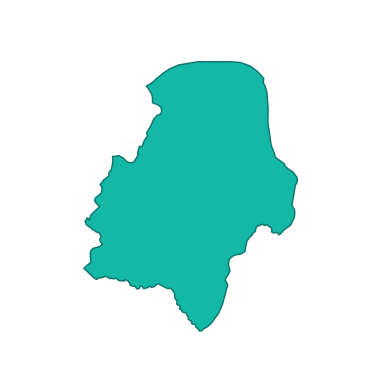 outline of Wusab As Safil, Dhamar, Yemen, rotated 226°
{"feature_id": "15242507B36986908452393", "entity_name": "Wusab As Safil", "entity_type": "district", "adm_level": 2, "iso_a3": "YEM", "parent_name": "Yemen", "parent_adm1": "Dhamar", "projection": "albers", "projection_center": [43.602, 14.25], "detail": "fine", "context": "isolated", "style": "filled", "palette": "teal", "viewbox_px": 384, "rotation_deg": 226, "n_neighbors": 0, "source": "geoboundaries", "source_scale": "gbopen_adm2", "svg_char_len": 5889}
<svg xmlns="http://www.w3.org/2000/svg" viewBox="0 0 384 384"><g transform="rotate(226 192 192)"><path d="M299.8,232.7L296.0,232.4L290.3,230.9L287.8,229.4L285.4,227.4L285.0,226.7L284.3,226.4L283.8,226.0L283.2,226.0L282.7,225.7L280.9,227.0L279.4,227.6L276.5,228.5L273.6,228.1L270.7,225.8L270.4,224.8L269.9,223.3L271.3,219.9L270.9,214.7L268.1,208.3L266.8,203.3L266.0,200.3L264.6,199.6L263.3,199.2L262.3,194.0L261.6,192.2L259.3,187.6L261.4,185.8L261.3,185.7L259.1,182.1L258.1,180.5L255.7,178.0L254.6,173.8L253.9,170.2L254.6,169.4L255.8,168.3L256.5,167.4L259.3,166.0L263.6,166.2L268.6,164.7L269.5,163.9L270.8,161.6L272.6,159.9L271.6,158.3L269.8,157.3L268.5,155.5L267.1,153.9L266.7,153.4L264.0,149.2L264.0,146.6L263.5,145.9L263.2,145.3L262.3,144.4L261.8,144.0L261.4,143.5L261.3,142.4L261.6,140.5L262.1,136.9L261.2,133.5L261.3,131.2L258.2,130.5L257.3,130.4L255.0,126.9L254.1,125.8L254.6,121.0L254.8,118.3L254.1,116.9L253.2,115.9L252.5,115.6L251.9,115.5L245.7,115.2L245.7,103.2L243.8,100.2L243.6,99.4L243.3,99.0L243.7,98.5L244.4,99.2L246.1,98.7L244.8,94.5L242.7,93.6L242.1,93.3L238.1,93.9L235.9,94.4L234.0,94.2L233.2,94.7L231.8,95.3L230.2,95.2L226.9,96.9L223.0,95.7L221.9,92.7L221.0,92.1L220.3,92.0L219.2,91.6L216.6,91.0L216.3,90.2L216.8,88.7L217.7,86.0L219.7,82.6L220.2,80.9L220.1,78.5L218.7,76.4L211.7,70.3L211.9,68.5L212.2,61.2L198.6,61.8L198.4,62.0L198.1,62.2L197.7,62.2L196.8,62.3L196.2,62.3L195.8,62.5L195.5,62.7L195.3,62.9L195.3,63.4L195.3,63.9L195.1,64.6L194.9,64.9L194.9,65.3L194.7,66.0L194.1,66.5L193.6,66.8L193.3,67.1L193.2,67.5L193.1,68.0L193.0,68.4L192.5,68.6L192.2,69.2L192.2,69.7L192.1,70.2L192.0,70.8L191.8,71.0L191.5,71.2L191.1,71.3L190.7,71.4L190.5,71.7L190.1,71.9L189.4,72.0L188.7,72.3L187.8,72.5L187.3,72.6L186.8,72.8L186.6,73.0L186.4,73.4L186.3,73.7L185.7,74.3L185.3,74.5L184.8,74.8L183.8,75.6L183.4,76.3L183.1,76.8L182.5,77.5L182.1,77.7L181.6,77.7L180.2,77.7L179.5,77.9L179.3,77.9L178.7,78.2L178.1,78.8L177.8,78.9L177.5,79.1L177.3,79.4L177.0,80.0L176.7,80.4L176.2,80.5L175.8,80.7L175.4,80.9L175.2,81.1L175.2,81.3L175.2,81.7L175.3,82.1L175.5,82.6L175.6,82.9L175.6,83.1L175.5,83.3L175.2,83.4L174.8,83.4L174.4,83.4L174.1,83.4L173.8,83.5L173.5,83.7L173.3,83.9L173.1,84.2L172.9,84.4L172.6,84.5L172.0,84.3L171.3,84.2L170.7,84.1L170.0,83.8L169.4,83.5L168.8,83.3L168.4,83.1L167.9,83.1L167.5,83.0L167.3,83.0L167.0,83.2L166.7,83.4L166.1,83.6L165.6,83.9L164.7,84.6L164.3,85.0L163.9,85.3L163.6,85.4L162.4,85.2L161.7,85.1L161.2,85.1L160.7,85.1L160.2,85.5L159.9,86.0L159.5,86.6L159.4,87.0L159.4,87.4L159.5,87.9L159.7,88.4L159.8,88.7L160.0,89.1L160.1,89.5L160.1,89.8L159.9,90.1L159.5,90.4L159.0,90.5L158.4,90.5L157.8,90.5L157.4,90.5L156.5,90.1L156.0,90.2L155.7,90.4L155.5,90.8L155.3,91.7L154.9,92.6L154.4,93.0L154.1,93.4L153.9,93.9L153.9,94.4L153.9,95.1L153.9,95.7L153.8,96.0L153.5,96.2L152.9,96.3L152.0,96.5L151.5,96.8L151.0,97.6L150.9,97.9L150.7,98.2L150.4,98.7L150.2,99.2L150.2,99.9L150.0,101.2L149.8,103.1L149.5,103.6L149.4,103.8L149.0,104.1L143.5,106.0L142.8,106.1L141.1,106.7L139.6,107.4L138.8,108.2L138.0,109.2L137.2,109.8L136.5,109.9L135.5,109.8L134.1,109.7L132.9,109.3L131.7,109.1L130.7,108.6L129.6,107.6L128.6,106.9L127.5,106.1L126.7,105.7L124.5,105.8L123.9,105.5L123.4,105.0L122.9,104.2L122.5,103.6L121.6,103.2L120.7,103.2L120.0,103.7L119.5,103.9L119.0,104.1L118.2,104.2L117.6,103.6L117.2,102.6L116.9,102.0L116.5,101.8L115.9,101.9L115.2,102.3L114.1,102.3L113.2,101.9L112.1,101.9L111.2,102.4L110.5,103.1L109.9,103.4L108.6,103.4L107.5,103.0L106.1,102.6L105.1,102.6L104.2,102.2L103.6,101.6L103.1,101.0L101.4,101.1L100.5,101.4L100.1,101.8L99.2,101.8L98.3,101.3L98.0,100.6L97.5,100.4L96.4,100.8L95.5,101.5L95.0,101.9L94.4,102.0L93.4,101.7L92.7,101.3L92.0,101.0L91.0,101.0L89.8,101.2L89.2,101.5L88.6,101.5L88.1,101.1L87.3,100.7L86.6,101.1L86.1,101.8L85.6,102.4L85.5,105.4L85.1,106.6L84.3,110.0L84.2,114.7L85.7,123.2L86.5,127.5L90.3,136.3L93.7,142.0L93.9,142.3L96.0,145.9L97.2,147.9L97.5,148.4L97.9,149.0L98.9,150.6L98.9,150.8L100.4,153.1L105.5,154.8L106.1,155.6L106.7,157.4L107.3,160.4L107.8,161.9L108.5,163.4L109.4,164.9L110.1,165.4L114.0,167.4L115.5,169.0L116.4,170.1L117.4,171.6L117.8,173.4L117.8,174.9L117.7,175.3L117.1,178.7L115.7,180.9L114.0,183.1L113.0,185.5L112.8,187.2L112.6,188.1L112.9,189.6L114.7,191.6L118.4,197.1L119.3,201.2L119.4,202.8L119.3,203.3L119.3,203.7L119.3,204.1L119.4,204.8L119.3,205.0L119.4,205.8L119.7,206.2L120.0,206.8L120.2,207.4L120.2,208.0L120.2,208.4L119.7,209.1L119.6,209.6L119.8,210.2L120.0,210.6L120.4,211.1L120.9,211.9L121.2,212.6L121.5,213.0L122.0,213.4L122.2,213.8L122.2,214.1L121.9,214.4L121.8,214.8L122.0,215.2L122.2,215.8L122.0,216.5L121.8,216.9L121.3,216.8L120.9,217.1L120.9,217.8L120.7,218.3L120.0,219.8L119.4,220.6L118.7,220.9L118.2,220.8L117.5,221.0L116.8,221.7L116.7,222.6L116.2,223.4L115.3,223.5L114.4,223.3L113.8,223.3L112.8,223.7L111.6,224.0L110.8,224.0L109.7,223.4L108.9,222.6L108.3,221.7L107.5,221.6L106.7,221.9L106.0,222.2L105.5,222.6L104.7,223.8L103.9,225.0L103.5,225.4L102.8,225.3L102.3,225.0L101.3,224.7L100.8,224.9L100.5,226.2L100.6,228.3L100.8,233.3L100.3,235.4L99.8,239.1L99.7,240.1L100.2,241.5L100.6,242.4L101.2,243.6L101.7,245.8L103.2,248.6L103.8,249.6L104.5,250.1L105.2,250.7L105.8,251.6L106.6,252.4L107.7,253.1L109.8,253.9L111.5,254.3L112.6,254.7L113.5,255.3L113.8,255.7L122.0,266.8L123.9,269.4L124.8,270.6L126.6,275.3L129.4,277.6L130.0,277.7L136.5,278.5L141.8,277.2L145.5,276.9L148.5,278.0L153.6,277.0L156.7,276.3L159.6,276.3L162.0,277.6L162.7,278.1L163.7,278.5L170.8,281.5L181.0,288.9L189.1,294.7L189.6,295.1L189.7,295.3L189.9,295.4L190.9,296.4L199.4,304.9L211.7,315.1L218.0,318.4L220.2,318.8L221.4,319.4L223.9,322.5L233.5,322.8L242.1,321.4L251.4,316.8L252.0,316.3L255.5,313.2L259.7,309.5L266.3,302.5L273.3,295.2L278.7,289.8L278.9,289.6L280.8,287.8L292.6,270.7L295.9,261.9L297.4,254.6L297.5,254.5L297.6,251.4L298.3,244.4L298.2,241.2L298.3,239.5L299.8,232.7Z" fill="#14b8a6" stroke="#0f766e" stroke-width="1.5"/></g></svg>